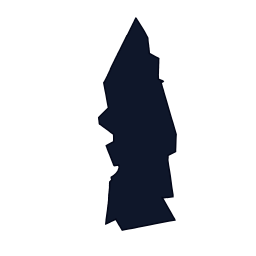 the district of Checea, Timis, Romania, rotated 162°
{"feature_id": "2599482B82782333976905", "entity_name": "Checea", "entity_type": "district", "adm_level": 2, "iso_a3": "ROU", "parent_name": "Romania", "parent_adm1": "Timis", "projection": "orthographic", "projection_center": [20.84, 45.724], "detail": "fine", "context": "isolated", "style": "filled", "palette": "ink", "viewbox_px": 256, "rotation_deg": 162, "n_neighbors": 0, "source": "geoboundaries", "source_scale": "gbopen_adm2", "svg_char_len": 5556}
<svg xmlns="http://www.w3.org/2000/svg" viewBox="0 0 256 256"><g transform="rotate(162 128 128)"><path d="M136.7,178.9L136.5,178.4L136.5,178.1L137.1,178.0L137.2,177.5L137.6,174.3L138.1,170.6L138.4,167.7L138.8,164.8L139.1,162.9L140.0,156.2L140.3,153.5L140.3,153.4L140.3,153.2L144.9,150.9L147.5,149.6L149.9,148.4L152.6,147.0L152.7,146.6L152.8,146.3L152.8,146.0L152.9,145.6L153.0,145.3L153.1,144.7L153.2,144.1L153.2,143.8L153.3,143.5L153.4,143.1L153.5,142.7L153.5,142.4L153.6,142.1L153.7,141.8L153.8,141.5L153.8,141.2L153.7,141.0L153.8,140.5L153.7,140.4L153.4,140.2L153.1,139.8L152.6,139.2L151.9,138.1L150.4,136.0L147.6,132.2L146.8,131.0L145.5,129.0L143.6,126.5L143.9,125.5L144.3,124.0L144.8,122.4L145.2,121.2L145.4,120.8L145.8,119.4L148.3,119.0L149.8,118.7L151.0,118.5L152.6,118.2L153.6,118.0L154.1,117.9L154.1,117.6L154.1,117.3L154.1,117.2L154.1,116.9L154.0,116.3L154.0,115.9L154.0,114.8L154.0,114.0L153.9,113.3L153.9,112.2L153.8,111.7L153.8,111.1L153.7,110.7L153.7,110.2L153.7,109.5L153.6,109.3L153.6,109.0L153.6,108.7L153.5,107.5L153.5,106.8L153.4,105.1L153.3,104.0L153.3,103.5L153.3,102.8L153.2,102.6L153.2,102.1L153.2,101.6L153.1,100.8L153.1,100.1L153.0,99.4L153.0,98.7L153.0,98.0L153.0,97.8L152.9,97.2L152.9,96.9L152.8,96.6L152.6,96.4L151.8,96.2L151.5,96.2L151.2,96.2L149.7,95.9L149.0,95.8L148.7,95.8L148.5,95.7L148.4,95.7L148.4,94.9L148.4,94.5L148.5,93.7L148.6,93.1L148.8,92.7L149.3,92.1L150.1,91.1L150.6,90.4L150.9,90.1L151.6,89.5L151.8,89.5L152.1,89.2L152.7,88.8L153.4,88.4L153.9,88.1L154.7,87.8L155.3,87.5L156.1,87.2L157.7,86.7L158.2,86.6L158.8,86.5L159.1,86.4L159.2,86.2L159.3,86.0L159.4,85.0L159.4,84.3L159.4,83.9L159.5,83.6L161.1,82.8L162.0,82.3L162.4,81.2L162.6,80.8L162.7,80.6L162.7,80.4L162.8,80.0L163.2,79.1L163.3,78.8L163.4,78.4L163.5,78.1L163.6,77.8L163.7,77.4L164.0,76.7L164.1,76.4L164.7,75.1L165.0,74.3L165.6,73.0L166.1,71.7L166.3,71.5L166.4,71.3L166.7,70.6L166.9,70.1L167.1,69.6L167.4,68.6L167.8,67.8L168.3,66.3L168.6,65.4L169.2,64.1L169.7,63.0L169.8,62.6L170.1,62.0L170.9,60.5L171.4,59.3L172.0,58.1L172.5,56.9L173.0,55.8L174.0,53.8L177.2,47.2L177.3,46.8L177.7,45.9L178.7,43.7L178.3,43.7L178.1,43.7L176.4,43.9L175.6,44.0L174.8,44.1L174.1,44.2L173.7,44.3L172.7,44.5L172.1,44.5L170.3,44.7L167.7,45.1L167.6,44.4L167.6,44.2L167.3,42.9L167.0,41.7L166.6,39.5L166.4,38.9L166.3,38.1L166.1,37.7L165.6,35.4L165.0,32.7L162.1,32.4L158.2,31.9L156.0,31.5L153.7,31.2L153.0,31.1L148.7,30.7L144.0,30.1L136.7,29.2L132.0,28.7L126.4,28.0L117.5,26.9L111.9,26.0L111.9,26.8L112.0,27.5L112.3,28.6L112.5,29.3L113.5,34.5L114.3,38.2L115.0,41.6L116.5,49.0L116.7,49.7L116.8,49.9L117.1,50.5L116.9,51.2L116.7,51.0L115.5,50.6L114.9,50.5L114.6,50.4L113.9,50.3L113.2,50.2L112.7,50.1L112.3,50.0L112.1,49.8L106.5,48.8L106.3,50.1L106.0,50.2L104.8,57.9L104.3,60.6L103.8,63.2L103.3,66.0L102.8,68.6L101.9,74.2L101.5,77.0L101.1,79.8L100.1,85.3L99.1,87.6L98.5,89.6L90.1,90.9L89.4,93.0L88.6,95.1L86.0,102.4L85.1,104.8L84.2,107.1L83.9,116.5L83.8,119.7L83.8,123.0L83.6,129.4L83.4,135.5L83.3,138.4L83.2,141.1L83.0,149.2L82.9,151.9L82.8,152.7L82.8,153.7L82.8,154.6L82.8,155.2L82.8,156.0L82.7,157.4L82.7,157.9L82.6,159.6L82.6,160.5L82.6,161.8L82.3,161.8L82.1,161.6L81.9,161.4L81.7,161.3L81.4,161.1L80.9,161.2L80.6,161.2L80.3,161.4L80.1,161.5L80.3,161.9L80.5,162.0L80.9,162.5L81.4,162.9L82.0,163.3L82.3,163.6L83.2,164.4L84.0,165.0L84.0,165.5L83.7,166.2L82.7,169.8L82.4,170.4L81.7,172.4L81.2,173.9L80.8,175.0L80.7,175.2L80.2,176.5L79.9,177.6L79.6,178.3L79.2,179.5L78.9,180.1L78.0,182.9L77.8,183.3L77.6,183.9L77.3,184.6L77.5,184.9L78.3,185.7L79.6,186.9L80.7,188.1L81.0,188.4L81.8,189.3L82.5,190.0L83.3,190.9L84.1,191.7L84.6,192.3L84.6,192.6L84.5,193.2L84.4,193.6L84.2,194.5L84.1,194.8L83.9,195.9L83.6,197.1L83.2,199.5L83.0,200.1L82.7,201.9L82.5,203.0L82.0,205.3L81.6,206.7L81.4,207.6L81.5,208.1L81.6,208.8L81.9,210.1L82.1,211.5L82.3,212.6L82.7,214.8L83.5,218.2L84.6,222.5L85.1,224.5L85.7,226.9L85.9,227.4L86.1,228.4L86.4,229.8L86.6,230.0L88.3,228.3L89.0,227.5L90.0,226.4L90.8,225.7L93.0,223.4L94.1,222.3L94.8,221.6L95.0,221.4L95.2,221.2L95.3,221.1L95.5,220.9L95.7,220.6L95.9,220.4L96.2,220.1L97.1,219.2L97.4,218.9L97.7,218.6L98.6,217.6L98.9,217.4L99.1,217.1L99.4,216.9L99.5,216.7L99.8,216.4L100.1,216.2L100.4,216.2L100.8,215.8L100.9,215.6L101.1,215.4L101.3,215.2L101.6,215.0L102.0,214.6L102.3,214.2L102.5,214.0L102.7,213.8L102.9,213.6L103.3,213.2L104.1,212.3L104.4,212.1L104.5,212.0L105.2,211.2L105.6,210.8L106.0,210.5L106.1,210.3L106.5,209.9L106.7,209.7L106.9,209.5L107.2,209.2L107.5,209.0L107.7,208.7L107.9,208.5L108.1,208.3L108.3,208.1L108.6,207.8L108.8,207.5L109.4,207.0L109.6,206.7L109.9,206.5L110.1,206.2L110.3,206.0L111.2,205.1L111.6,204.6L111.9,204.4L112.1,204.2L112.4,203.9L112.8,203.4L113.5,202.9L113.8,202.6L113.9,202.4L114.0,202.2L114.6,201.7L114.8,201.6L114.8,201.4L115.1,201.2L115.9,200.3L116.2,200.0L116.7,199.6L117.4,198.9L117.6,198.6L118.2,198.0L118.8,197.5L119.2,197.0L120.4,195.7L120.7,195.4L121.1,195.0L121.4,194.8L121.5,194.6L121.7,194.4L122.0,194.1L122.2,193.9L122.4,193.6L122.8,193.3L123.0,193.1L123.1,192.9L123.3,192.7L123.6,192.5L124.6,191.4L126.4,189.5L126.4,189.2L126.5,189.1L126.9,188.6L127.0,188.6L127.1,188.4L127.3,188.2L127.7,187.8L128.0,187.6L128.2,187.4L128.3,187.2L128.9,186.5L129.2,186.3L129.4,186.1L129.5,185.9L130.0,185.4L130.2,185.2L130.5,185.0L130.7,184.7L131.3,183.9L131.5,183.7L131.8,183.5L131.9,183.4L132.2,183.1L132.8,182.5L133.0,182.3L133.3,182.0L133.7,181.5L134.0,181.3L134.1,181.2L134.5,180.8L134.7,180.6L135.2,180.1L135.9,179.3L135.9,179.2L136.0,179.2L136.4,179.0L136.7,178.9Z" fill="#0f172a" stroke="#020617" stroke-width="1.5"/></g></svg>